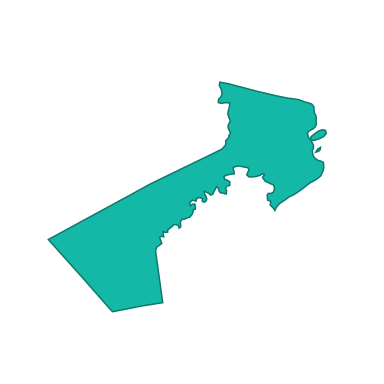 São Caetano de Odivelas, Pará, Brazil (Albers equal-area conic projection), rotated 60°
{"feature_id": "56859067B48440090110628", "entity_name": "São Caetano de Odivelas", "entity_type": "district", "adm_level": 2, "iso_a3": "BRA", "parent_name": "Brazil", "parent_adm1": "Pará", "projection": "albers", "projection_center": [-48.02, -0.863], "detail": "fine", "context": "isolated", "style": "filled", "palette": "teal", "viewbox_px": 384, "rotation_deg": 60, "n_neighbors": 0, "source": "geoboundaries", "source_scale": "gbopen_adm2", "svg_char_len": 2610}
<svg xmlns="http://www.w3.org/2000/svg" viewBox="0 0 384 384"><g transform="rotate(60 192 192)"><path d="M255.9,320.7L257.4,316.5L265.5,292.7L270.1,280.8L273.2,272.7L227.0,253.9L223.9,252.4L222.0,249.7L221.9,247.0L221.5,244.0L218.4,243.4L214.9,242.6L215.0,240.4L216.7,239.0L214.0,237.8L211.8,236.9L213.7,235.3L214.6,233.1L212.7,232.0L212.1,227.3L211.2,224.1L212.3,222.0L214.3,220.7L216.9,221.2L216.5,219.1L212.0,217.0L210.7,214.4L211.8,212.1L211.8,209.8L212.7,206.7L211.7,203.6L210.5,201.8L208.0,199.7L208.6,197.6L206.0,196.2L203.9,195.6L202.7,197.9L203.2,200.1L201.0,200.1L199.6,197.6L199.4,195.3L202.0,193.2L199.9,191.2L200.6,188.0L203.0,186.3L205.3,187.8L207.1,186.2L206.7,184.0L205.1,182.5L202.5,182.1L199.9,182.1L197.4,181.2L201.2,178.3L204.0,177.5L204.3,175.1L203.0,173.3L201.9,171.4L199.6,168.1L201.7,167.3L204.5,168.0L206.9,167.9L208.4,165.7L210.9,163.4L208.3,161.4L205.6,161.3L204.4,159.1L205.1,155.8L201.8,154.2L199.6,155.4L197.3,157.3L194.6,156.7L194.7,153.7L196.3,148.4L197.5,146.5L194.7,145.1L191.7,144.7L191.5,142.2L192.9,138.4L199.1,131.3L201.4,131.8L204.4,136.0L207.3,135.2L208.5,133.5L210.5,129.0L211.6,124.7L211.4,122.0L213.1,120.4L214.7,123.7L219.4,123.2L221.8,121.3L223.8,120.2L226.3,117.9L230.0,118.6L232.9,121.6L232.7,124.4L231.3,126.7L232.4,128.6L234.9,129.6L236.9,130.6L239.3,128.4L242.4,130.8L246.3,129.7L249.4,129.4L247.4,126.5L245.8,122.0L245.3,114.0L244.8,110.0L245.2,105.9L245.1,101.7L244.6,96.0L243.1,85.5L243.3,80.9L243.1,76.4L242.4,72.4L239.0,67.7L236.8,65.7L232.1,63.3L229.7,64.9L228.2,66.6L226.1,67.9L222.9,69.0L219.1,68.4L216.2,67.0L214.6,64.8L212.3,63.4L206.7,63.2L202.6,63.7L199.1,62.9L197.8,60.8L197.8,58.2L197.8,55.0L197.0,52.2L194.9,50.0L192.5,49.0L190.0,47.4L187.3,46.4L184.8,46.4L182.2,45.5L179.0,43.8L175.6,44.4L172.5,47.0L170.3,49.5L168.5,50.8L165.0,53.8L158.8,61.8L154.5,66.8L150.0,71.8L137.3,85.3L116.4,106.4L110.8,112.9L113.0,114.9L115.5,115.3L117.6,115.2L122.1,116.9L124.1,119.6L125.1,122.8L127.8,124.5L130.0,122.1L131.0,119.2L132.3,116.8L133.9,114.8L135.9,116.3L138.1,118.1L139.9,120.1L142.3,122.0L145.7,122.7L149.8,123.3L151.2,125.8L152.5,127.5L154.6,128.7L157.5,128.9L160.2,129.1L161.4,131.6L163.1,132.9L163.9,135.1L164.4,137.2L166.9,138.3L168.4,140.0L169.0,142.1L169.8,144.8L169.2,154.3L164.2,223.9L164.0,231.8L163.7,248.9L163.5,254.6L161.3,340.2L210.5,329.9L250.1,322.0L255.9,320.7ZM206.7,63.2L208.2,60.9L209.1,57.6L209.6,55.0L209.8,50.0L208.3,46.3L205.3,45.6L203.1,48.2L202.5,52.2L202.8,55.5L203.2,58.5L203.7,61.4L206.7,63.2ZM220.0,62.0L219.4,59.8L217.6,58.4L217.7,61.7L219.4,64.9L220.0,62.0Z" fill="#14b8a6" stroke="#0f766e" stroke-width="1.5"/></g></svg>